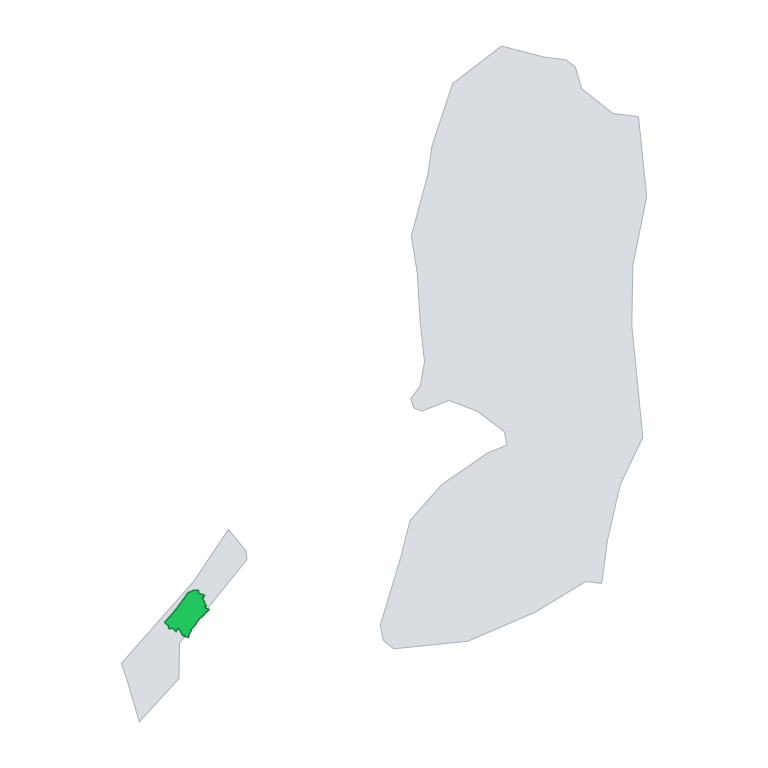 Deir Al Balah, Gaza Strip, Palestine (highlighted)
{"feature_id": "87354302B22339434669936", "entity_name": "Deir Al Balah", "entity_type": "district", "adm_level": 2, "iso_a3": "PSE", "parent_name": "Palestine", "parent_adm1": "Gaza Strip", "projection": "equal_earth", "projection_center": [34.378, 31.42], "detail": "fine", "context": "in_parent", "style": "filled", "palette": "green", "viewbox_px": 768, "rotation_deg": 0, "n_neighbors": 0, "source": "geoboundaries", "source_scale": "gbopen_adm2", "svg_char_len": 5133}
<svg xmlns="http://www.w3.org/2000/svg" viewBox="0 0 768 768"><path d="M638.5,116.6L646.7,196.7L632.8,265.3L631.8,325.5L642.8,437.3L620.2,484.8L607.3,541.0L601.8,583.4L585.7,581.5L535.2,612.2L467.9,641.2L393.7,648.8L383.2,640.2L380.2,625.5L401.7,554.1L410.0,520.6L442.0,484.4L487.4,453.1L506.7,445.2L504.5,431.8L477.3,411.2L448.9,400.4L422.1,411.1L413.7,407.8L410.8,398.7L420.2,385.9L424.5,362.0L420.2,322.1L417.3,273.4L411.3,235.9L427.8,174.8L432.0,145.8L452.6,83.6L501.5,46.1L543.7,57.0L566.0,59.8L575.4,67.1L581.6,88.6L612.9,113.5L638.5,116.6ZM228.4,529.5L246.4,551.5L246.9,559.7L179.6,642.9L178.9,678.6L139.3,721.9L126.8,679.0L121.3,663.5L193.9,581.1L228.4,529.5Z" fill="#d9dde1" stroke="#a8b0b8" stroke-width="1"/><path d="M188.3,592.5L188.2,592.6L188.0,592.9L187.8,593.1L187.6,593.3L187.4,593.6L187.1,593.9L186.8,594.4L186.3,595.1L186.1,595.6L185.6,596.2L185.4,596.5L185.2,596.8L185.0,597.1L184.8,597.4L184.6,597.6L184.5,597.8L184.2,598.2L183.8,598.7L183.1,599.6L182.2,600.9L181.7,601.6L181.3,602.1L181.0,602.5L180.4,603.3L180.3,603.6L180.1,603.9L179.6,604.4L179.2,605.0L178.9,605.4L178.7,605.7L178.3,606.2L178.0,606.6L177.6,607.1L177.3,607.6L177.0,608.0L176.7,608.4L176.6,608.5L176.0,609.2L175.6,609.8L175.3,610.1L175.1,610.3L174.9,610.7L174.8,610.9L174.4,611.4L174.3,611.5L173.9,611.8L173.2,612.7L172.8,613.1L172.5,613.6L172.2,614.0L171.9,614.3L171.7,614.5L171.4,614.8L171.2,615.1L170.7,615.6L170.1,616.3L169.6,616.8L169.1,617.4L168.6,617.9L168.0,618.6L167.2,619.4L166.6,620.0L166.1,620.6L165.5,621.4L164.9,622.1L164.7,622.4L164.8,622.5L165.1,622.8L166.5,624.1L167.1,624.5L167.3,624.7L167.5,624.9L168.2,625.4L168.6,626.1L168.3,627.2L169.4,628.7L169.4,628.8L169.6,628.7L170.1,628.6L170.9,628.5L171.5,628.4L172.0,628.3L172.3,628.3L172.5,628.4L173.1,628.6L173.3,628.7L173.4,628.8L173.5,628.9L173.9,629.4L174.2,629.7L174.5,630.0L174.9,630.4L174.9,630.5L175.0,630.5L175.3,630.8L175.7,631.3L176.1,631.6L176.4,631.2L176.6,631.0L176.7,630.8L176.8,630.6L176.9,630.4L177.0,630.2L177.2,629.8L177.5,629.2L177.9,628.5L178.1,628.7L178.3,628.8L178.5,628.9L179.0,629.2L179.1,629.3L179.3,629.4L179.3,629.5L179.5,629.7L179.6,629.8L179.7,630.0L179.9,630.4L180.6,631.7L181.1,632.5L181.2,632.9L181.5,633.4L181.6,633.5L181.8,634.0L182.0,634.3L182.1,634.5L182.3,634.7L182.5,635.0L182.8,635.3L183.0,635.4L183.1,635.5L183.5,635.8L183.8,636.0L184.0,635.5L184.1,635.4L184.2,635.5L184.4,635.3L184.5,635.4L185.2,636.5L185.4,636.5L185.6,636.6L186.0,636.7L186.2,636.8L186.5,636.8L186.8,636.9L187.1,637.0L187.4,637.1L187.5,637.1L187.8,637.2L188.0,637.3L188.4,637.3L188.5,637.3L188.6,637.2L188.8,637.0L188.7,636.7L188.7,636.4L188.7,636.1L188.7,635.9L188.8,635.8L189.0,635.6L188.9,635.2L188.9,634.8L189.0,634.7L189.2,634.2L189.4,633.7L189.8,633.1L190.0,632.7L190.3,632.2L190.4,631.9L190.6,631.6L190.8,631.4L191.0,631.2L191.1,630.7L191.3,630.3L191.4,630.2L191.5,630.1L191.5,629.8L191.4,629.5L191.3,629.4L191.5,629.1L192.3,628.2L192.7,627.8L193.0,627.5L193.2,627.2L193.3,627.0L193.5,626.8L193.6,626.6L193.7,626.4L193.8,626.3L194.0,626.2L194.4,626.0L194.5,625.9L194.6,625.6L194.7,625.4L194.8,625.2L195.2,625.0L195.4,624.8L195.5,624.6L195.7,624.4L195.9,624.2L196.1,623.9L196.3,623.6L196.4,623.3L196.6,622.9L196.7,622.5L196.8,622.2L196.9,621.8L197.1,621.5L197.5,621.1L197.9,620.9L198.0,620.9L198.2,620.7L198.3,620.5L198.5,620.2L198.8,619.7L199.0,619.4L199.2,619.1L199.4,619.0L199.5,618.7L199.5,618.4L199.8,618.1L200.1,617.9L200.4,617.7L200.6,617.5L200.8,617.4L201.0,617.5L201.3,617.6L201.5,617.3L201.6,617.2L201.8,616.9L202.0,616.8L202.1,616.7L202.2,616.4L202.3,616.1L202.5,616.0L202.8,615.9L203.0,615.9L203.3,615.8L203.5,615.6L203.7,615.3L203.8,615.3L203.9,615.2L204.0,615.1L204.0,614.8L204.0,614.6L204.2,614.4L204.6,614.0L205.0,613.5L205.1,613.4L205.4,613.2L205.8,612.9L206.1,612.6L206.4,612.4L206.6,612.1L206.9,611.8L207.1,611.7L207.3,611.6L207.6,611.4L207.6,611.2L207.8,610.9L208.0,610.6L208.2,610.4L208.4,610.3L208.6,610.2L208.8,610.2L208.9,609.2L207.1,608.6L205.6,608.1L205.0,607.9L204.8,606.9L205.6,606.7L205.4,606.0L206.3,605.9L206.3,605.7L206.2,605.5L206.2,605.4L206.2,605.2L205.7,605.1L205.4,605.1L205.1,604.1L204.8,603.3L204.9,602.8L204.6,602.1L204.5,601.9L204.4,601.7L202.6,598.2L202.4,597.9L203.2,597.1L203.4,597.3L203.5,597.2L203.6,597.3L203.7,597.1L203.3,596.8L203.6,596.6L203.7,596.4L203.9,596.3L204.0,596.3L204.0,596.2L204.5,595.6L204.4,595.6L203.8,594.9L203.3,594.7L203.2,594.6L202.3,594.4L202.2,594.3L201.9,594.2L201.5,594.2L200.9,594.0L200.1,593.8L199.5,593.5L199.2,593.2L198.8,592.6L198.6,591.9L198.6,591.4L198.6,590.8L198.5,590.7L198.4,590.5L198.3,590.4L198.2,590.3L198.1,590.2L197.9,590.1L197.7,590.1L197.4,590.3L197.2,590.5L197.1,590.4L196.8,590.3L196.7,590.3L196.4,590.3L196.2,590.2L195.7,590.2L195.4,590.3L195.1,590.3L194.9,590.3L194.7,590.3L194.4,590.3L194.1,590.3L193.8,590.2L193.7,590.2L193.6,590.3L193.3,590.3L193.2,590.4L192.9,590.4L192.8,590.5L192.7,590.5L192.2,590.9L192.0,591.1L191.8,591.2L191.7,591.3L191.4,591.5L191.2,591.5L190.8,591.6L190.7,591.7L190.4,591.7L190.2,591.8L189.9,591.9L189.7,592.0L189.4,592.1L189.2,592.2L189.0,592.3L188.9,592.4L188.7,592.5L188.3,592.5Z" fill="#22c55e" stroke="#15803d" stroke-width="1.5"/></svg>